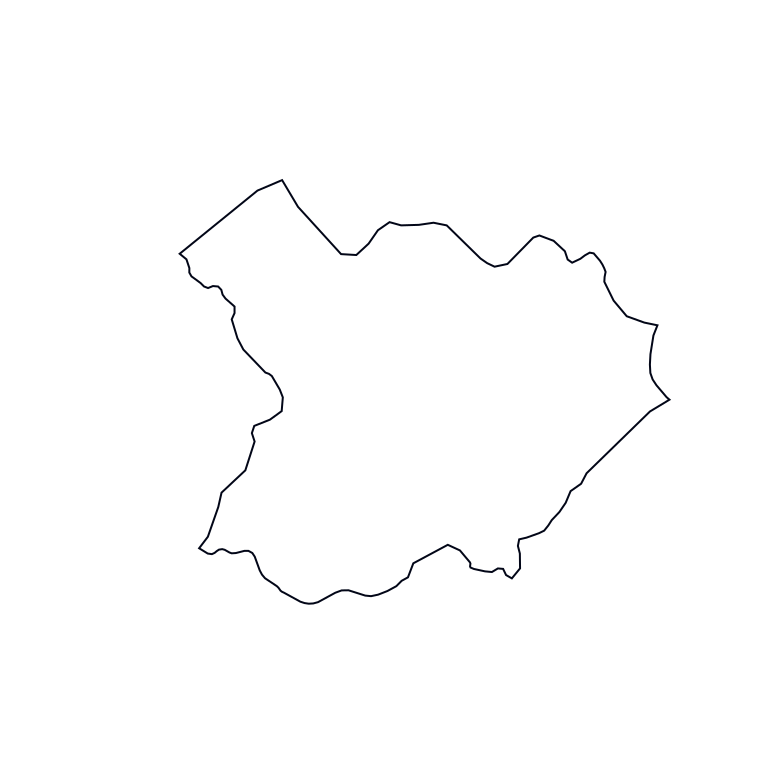 Zamfara, Mercator projection, rotated 50°
{"feature_id": "NGA-2872", "entity_name": "Zamfara", "entity_type": "State", "adm_level": 1, "iso_a3": "NGA", "parent_name": "Nigeria", "parent_adm1": "", "projection": "mercator", "projection_center": [6.327, 12.019], "detail": "fine", "context": "isolated", "style": "outline", "palette": "ink", "viewbox_px": 768, "rotation_deg": 50, "n_neighbors": 0, "source": "natural_earth", "source_scale": "10m", "svg_char_len": 1905}
<svg xmlns="http://www.w3.org/2000/svg" viewBox="0 0 768 768"><g transform="rotate(50 384 384)"><path d="M514.8,136.8L520.0,146.4L532.4,160.7L540.0,167.8L546.8,172.9L553.2,175.3L560.1,176.1L575.7,176.0L579.5,175.4L576.0,197.9L582.6,286.2L587.1,297.1L586.0,309.9L591.8,321.2L594.8,331.9L596.1,343.0L598.0,349.1L599.3,355.6L597.9,361.2L593.3,373.6L589.9,380.3L594.1,385.5L601.2,388.9L612.7,398.3L615.1,411.0L608.8,413.3L602.2,411.6L598.5,415.3L597.4,422.2L592.4,427.1L583.5,434.0L580.2,435.7L579.0,435.3L577.1,433.2L575.9,432.8L560.3,432.8L548.2,438.5L540.2,476.8L547.5,489.9L546.1,497.0L546.8,504.5L544.8,514.4L541.6,523.9L538.2,530.3L534.0,534.4L519.2,543.8L514.9,549.1L512.6,555.5L508.7,574.8L506.6,579.3L503.9,582.9L500.7,585.7L497.0,588.0L479.5,594.8L477.6,595.7L475.8,596.1L472.3,595.8L470.1,596.0L456.3,600.0L451.6,600.0L446.9,599.0L433.2,594.0L428.8,593.5L424.7,595.1L422.1,598.2L418.3,606.1L415.8,609.5L413.7,610.7L408.6,612.6L406.5,614.1L404.8,616.9L404.5,619.6L404.5,622.3L403.7,625.2L400.6,628.0L391.0,631.2L387.8,617.1L371.7,590.0L362.8,578.3L361.0,545.7L344.9,520.1L336.7,516.8L332.7,510.3L338.0,494.3L339.0,479.8L329.2,470.1L321.2,467.4L305.8,464.8L302.3,465.6L299.0,467.5L267.2,469.6L254.8,466.9L236.6,459.1L233.6,452.9L228.6,448.7L216.7,450.5L211.8,450.2L207.3,448.1L202.7,448.4L199.0,452.1L197.4,457.1L193.6,459.2L188.8,459.6L177.8,462.3L173.5,461.5L170.1,458.6L161.5,455.2L152.9,456.8L154.5,356.6L162.3,331.0L193.0,336.0L256.9,333.4L267.4,322.3L266.6,305.6L262.3,289.8L263.6,275.7L273.5,268.9L284.5,255.0L292.3,242.4L302.8,234.0L349.9,229.4L357.7,227.3L365.2,223.9L371.4,212.3L367.8,175.5L370.1,169.5L383.4,162.0L398.6,160.1L406.7,163.3L412.0,161.9L414.3,153.1L414.6,147.4L415.6,142.0L418.7,139.4L428.4,139.3L432.9,139.9L436.9,140.9L440.6,142.2L443.8,146.2L447.3,149.5L467.7,154.5L488.1,154.5L504.3,145.1L514.8,136.8L514.8,136.8Z" fill="none" stroke="#020617" stroke-width="2"/></g></svg>